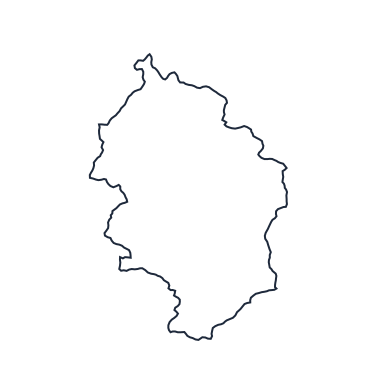 Águas Formosas, Minas Gerais, Brazil, rotated 69°
{"feature_id": "56859067B69093601500808", "entity_name": "Águas Formosas", "entity_type": "district", "adm_level": 2, "iso_a3": "BRA", "parent_name": "Brazil", "parent_adm1": "Minas Gerais", "projection": "orthographic", "projection_center": [-40.979, -17.037], "detail": "fine", "context": "isolated", "style": "outline", "palette": "slate", "viewbox_px": 384, "rotation_deg": 69, "n_neighbors": 0, "source": "geoboundaries", "source_scale": "gbopen_adm2", "svg_char_len": 4332}
<svg xmlns="http://www.w3.org/2000/svg" viewBox="0 0 384 384"><g transform="rotate(69 192 192)"><path d="M312.4,147.8L310.5,148.6L308.4,147.7L306.4,146.6L304.7,145.5L302.9,144.6L300.6,143.3L298.2,143.1L296.4,144.1L294.6,145.1L292.4,145.5L290.3,146.5L287.8,146.0L285.1,145.5L283.0,144.5L281.2,142.9L278.7,142.0L276.4,140.0L273.2,140.1L269.0,139.9L265.4,139.6L261.9,140.4L259.0,139.7L256.6,137.9L255.0,136.0L253.7,134.4L251.9,132.6L249.7,130.3L248.2,128.7L246.8,126.8L246.2,124.0L244.9,121.8L242.6,121.5L240.1,120.4L238.8,117.9L238.8,112.0L239.5,109.7L237.3,107.7L234.6,107.0L232.5,106.2L229.0,105.1L226.1,103.3L223.4,103.3L221.4,103.9L219.4,103.3L217.2,103.2L215.1,104.0L213.1,102.9L210.6,101.4L207.7,100.8L205.0,99.9L204.5,97.4L203.5,95.1L200.9,95.9L198.3,96.7L196.4,99.2L194.9,100.8L193.2,102.0L191.7,103.6L189.9,105.3L188.9,107.5L188.3,109.8L187.2,112.6L185.0,114.9L182.7,116.1L180.8,116.7L179.3,115.3L178.4,113.1L176.7,110.2L174.4,108.8L172.3,108.9L169.6,108.4L167.1,110.1L164.9,112.1L161.8,114.7L159.1,114.5L156.9,115.0L154.9,114.5L153.2,115.7L151.1,117.3L149.1,119.7L149.1,123.3L148.7,126.4L148.3,129.0L146.7,132.0L145.0,134.2L143.1,136.3L140.8,137.4L139.2,135.0L137.5,136.3L135.6,137.9L133.5,136.1L131.3,133.8L128.9,133.6L127.0,132.9L125.0,131.5L122.5,129.7L121.3,127.4L118.9,126.9L116.2,127.2L114.1,128.7L111.6,130.9L109.2,132.6L107.3,133.7L105.7,135.0L103.5,136.5L100.3,138.5L98.4,141.0L97.7,144.1L97.9,147.3L96.4,149.9L94.0,151.9L92.3,153.9L90.8,156.7L88.8,159.3L86.8,160.6L85.5,163.8L82.9,164.6L80.8,164.4L78.5,164.1L76.0,164.7L74.0,165.5L73.6,168.2L73.9,170.7L75.1,172.7L76.5,174.4L77.3,176.7L76.1,178.3L74.1,179.2L70.7,180.0L68.3,180.4L65.9,181.0L63.3,182.1L61.5,183.9L58.5,184.2L56.2,183.5L53.8,182.0L51.2,181.5L48.2,182.2L48.8,184.4L49.9,186.1L51.3,188.6L52.0,190.6L50.7,192.9L49.9,194.9L51.7,197.8L53.2,200.4L55.9,200.9L58.2,199.6L58.5,196.9L59.3,194.7L62.3,194.4L64.6,195.3L67.1,196.9L69.8,197.1L72.1,196.5L73.9,198.0L75.2,199.7L76.4,201.4L77.6,203.2L77.4,206.0L77.4,209.5L78.1,211.8L79.4,214.0L80.3,216.9L82.0,218.9L84.0,220.9L86.3,223.2L87.4,225.7L88.5,228.3L90.5,230.6L91.9,233.5L93.1,235.6L93.8,238.4L94.4,240.6L95.8,243.1L97.9,245.3L98.9,247.0L98.0,249.2L96.6,251.9L95.6,254.6L98.5,255.0L101.1,256.7L104.3,257.8L106.4,258.2L109.4,258.9L111.8,257.7L113.7,256.8L115.5,258.7L117.8,260.4L121.0,260.0L122.9,261.8L124.1,263.6L125.6,264.9L126.2,267.8L127.8,270.6L129.3,273.1L132.1,273.9L134.5,275.6L136.3,277.4L137.8,279.4L139.5,281.3L142.2,282.2L144.0,279.5L146.0,277.2L147.4,275.1L148.1,272.1L148.3,269.5L149.5,267.8L152.2,267.8L154.7,267.2L157.2,266.0L159.4,263.7L159.4,260.5L159.1,257.9L161.1,257.0L163.8,258.0L166.1,257.6L168.1,256.5L170.3,255.9L173.3,255.9L175.3,255.6L177.9,256.0L178.0,258.8L177.7,260.9L177.8,263.7L178.8,265.9L180.0,268.4L180.7,271.0L181.3,273.1L183.5,274.1L184.6,276.2L187.0,276.6L188.2,279.2L190.4,281.3L193.2,282.0L195.7,283.3L197.6,286.1L199.0,288.4L201.5,288.9L204.0,286.9L205.7,284.6L208.6,284.4L211.5,283.4L213.5,281.3L215.1,278.7L217.1,276.6L219.6,275.3L222.0,273.1L223.7,271.6L226.6,271.4L228.9,272.0L231.4,272.8L230.0,275.4L228.8,277.9L229.2,280.3L227.0,282.5L229.3,283.5L232.2,284.2L235.1,285.7L237.8,287.5L240.1,286.4L240.6,283.8L242.2,281.3L241.9,278.4L242.3,275.9L243.7,273.1L244.4,270.3L244.6,267.9L245.4,265.7L248.2,263.6L251.3,262.1L253.6,259.5L255.1,256.9L256.3,255.3L257.9,254.1L259.5,252.0L261.8,250.5L264.2,249.9L266.2,248.4L268.3,246.7L271.2,246.7L273.5,248.5L275.9,247.1L276.6,245.1L278.2,243.1L280.7,244.6L282.2,245.9L283.9,244.6L285.8,242.9L288.1,242.0L290.1,242.7L292.2,243.9L293.4,246.2L294.0,249.1L295.9,250.7L298.1,249.5L300.5,248.7L302.2,250.8L303.2,253.7L303.9,256.6L305.4,259.5L307.9,261.8L310.4,262.8L312.7,263.0L315.2,262.3L315.3,259.9L316.2,257.7L317.8,255.6L318.8,253.1L320.0,249.3L322.6,248.4L324.6,247.9L326.8,246.1L328.6,243.7L330.9,241.6L332.4,239.0L331.9,236.9L331.3,234.4L332.6,231.7L334.6,229.7L335.8,227.1L333.7,224.9L331.5,224.6L328.9,223.0L326.4,221.3L325.6,218.4L325.4,215.1L325.9,212.2L325.8,209.7L324.9,207.8L324.3,205.7L324.2,202.6L324.1,198.9L322.8,195.8L320.3,193.0L319.5,190.8L318.6,188.6L316.9,185.7L315.4,183.1L315.4,180.2L316.0,177.2L313.8,176.4L311.8,174.9L310.7,171.8L309.9,168.9L310.3,165.7L310.5,162.8L311.1,160.1L311.5,157.5L311.4,155.3L312.1,152.9L312.8,150.2L312.4,147.8Z" fill="none" stroke="#1e293b" stroke-width="2"/></g></svg>